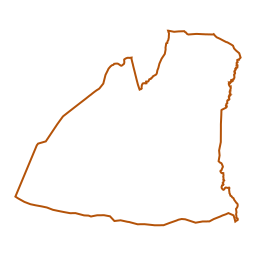 Ikere, Ekiti, Nigeria (Equal Earth projection)
{"feature_id": "59680162B84830000650933", "entity_name": "Ikere", "entity_type": "district", "adm_level": 2, "iso_a3": "NGA", "parent_name": "Nigeria", "parent_adm1": "Ekiti", "projection": "equal_earth", "projection_center": [5.272, 7.511], "detail": "fine", "context": "isolated", "style": "outline", "palette": "amber", "viewbox_px": 256, "rotation_deg": 0, "n_neighbors": 0, "source": "geoboundaries", "source_scale": "gbopen_adm2", "svg_char_len": 5339}
<svg xmlns="http://www.w3.org/2000/svg" viewBox="0 0 256 256"><path d="M235.3,221.6L235.6,221.4L235.9,220.7L236.1,220.5L236.6,220.6L237.6,220.1L237.8,219.2L237.6,218.5L236.8,218.1L236.4,217.6L236.4,216.9L236.4,216.1L236.3,215.4L236.1,214.2L236.3,213.1L236.5,212.2L236.3,211.2L236.2,210.1L236.0,209.0L236.5,208.3L237.2,207.3L237.6,206.2L237.7,205.3L237.6,204.2L237.0,203.3L236.5,203.0L235.9,202.2L235.3,201.3L234.3,200.0L233.5,198.2L232.2,197.3L231.4,196.1L230.5,195.8L229.8,193.7L229.5,193.3L229.4,192.2L229.2,190.7L229.1,189.4L229.4,188.0L229.1,187.6L227.4,187.9L225.9,187.5L224.9,188.1L224.4,189.1L223.9,189.6L223.3,189.8L222.1,188.7L221.7,188.0L221.6,187.6L221.6,186.7L221.9,186.1L222.0,185.4L223.1,185.1L223.5,184.4L223.0,183.6L222.7,183.0L223.3,182.4L223.5,181.1L224.2,180.5L224.0,180.1L223.5,180.1L223.3,179.6L223.5,178.9L223.5,177.8L223.2,176.7L223.4,176.3L223.5,175.1L223.4,174.4L223.3,173.6L223.3,173.1L222.6,173.0L222.4,173.0L222.2,173.0L221.9,173.1L221.3,172.8L220.8,172.1L220.6,171.7L220.4,171.2L220.6,170.7L220.9,170.6L221.5,170.2L222.2,168.3L222.9,166.8L222.6,165.8L222.1,164.6L221.5,163.4L221.0,163.0L220.2,162.7L219.4,162.0L218.6,161.2L219.6,155.4L219.1,150.5L220.8,142.1L220.9,129.2L220.9,124.1L221.3,115.1L221.4,111.7L221.4,110.6L221.6,109.9L225.0,108.2L226.0,107.7L226.4,107.2L226.1,106.8L226.1,105.9L225.9,105.4L226.1,105.2L226.5,105.4L226.3,104.6L226.5,103.7L226.8,103.5L227.3,103.2L227.2,102.4L227.3,101.5L227.2,101.0L227.5,100.4L227.7,100.1L228.0,100.1L228.4,100.1L228.9,99.8L229.4,99.2L229.3,98.7L229.1,98.4L228.9,98.1L229.0,97.9L229.1,97.3L228.8,96.9L228.8,96.6L229.0,96.5L229.2,96.9L229.4,96.7L229.3,96.4L229.2,96.0L229.6,95.9L229.7,95.6L230.0,95.5L230.2,95.3L229.9,95.3L229.6,95.1L229.6,94.8L229.9,94.7L230.1,94.8L230.3,94.6L230.2,94.2L230.1,93.6L230.3,93.8L230.4,93.5L230.4,93.2L230.0,93.0L229.8,92.9L229.7,92.4L229.7,91.8L229.8,91.3L229.9,91.1L230.3,90.9L230.5,90.8L230.4,90.5L230.2,90.6L230.1,90.3L230.2,90.0L230.4,89.7L230.8,88.0L230.7,87.0L230.7,86.5L230.1,86.7L229.5,85.9L229.0,84.9L228.9,84.6L228.8,84.0L229.1,83.9L229.1,83.7L229.0,83.0L229.4,83.3L229.6,83.7L229.9,83.4L230.2,83.2L230.3,82.7L229.9,82.5L229.8,82.2L230.3,81.9L230.5,82.1L230.9,82.1L231.1,82.0L230.9,81.4L231.0,81.2L231.1,80.6L231.4,80.8L231.6,80.2L232.1,80.5L232.5,81.0L232.8,80.8L232.4,80.0L233.0,79.6L233.2,79.2L233.7,79.2L233.8,78.6L234.4,77.8L234.4,76.6L234.2,75.8L234.1,75.3L234.1,75.0L234.4,75.0L234.5,74.3L234.6,73.8L235.0,73.4L235.1,73.2L235.0,72.7L234.9,72.2L234.6,72.5L234.3,71.7L234.4,71.4L234.7,71.5L235.0,70.5L235.3,70.3L235.5,69.9L235.3,69.4L235.2,68.9L235.6,68.3L235.8,68.9L236.2,68.7L236.5,68.2L236.7,67.6L237.3,67.4L237.2,66.8L237.5,66.2L237.5,65.6L237.0,65.4L236.7,65.2L237.1,64.8L236.7,64.5L236.6,63.0L237.3,62.6L237.6,62.2L237.2,61.8L237.4,61.3L237.3,60.5L237.2,60.1L237.5,59.9L237.6,60.0L238.0,59.9L238.6,59.8L239.1,59.7L239.2,59.0L239.5,58.7L240.2,58.1L240.6,57.6L239.2,53.2L236.1,50.6L234.1,48.5L233.0,45.7L231.5,44.7L227.3,42.3L226.3,42.1L224.7,41.3L221.1,39.4L220.0,38.8L216.7,37.3L215.0,35.7L214.2,34.7L213.7,34.1L213.1,34.5L205.1,34.3L196.4,33.9L188.4,34.5L187.2,34.0L185.7,32.3L185.0,32.0L184.3,31.2L178.7,31.4L174.1,31.8L168.4,30.7L168.1,30.7L168.3,31.2L168.5,32.2L168.9,32.9L169.0,33.8L168.9,35.0L168.8,36.6L168.8,37.8L168.6,38.4L168.5,38.8L168.4,39.7L168.2,40.2L167.7,41.0L167.5,41.4L167.3,43.0L166.6,43.1L166.2,43.4L165.8,46.0L165.7,46.6L165.5,47.8L165.6,48.8L165.6,49.6L164.8,53.9L161.6,58.7L159.4,63.7L158.3,68.1L157.4,70.3L156.9,73.0L156.6,73.8L155.9,74.7L154.6,75.4L153.7,75.9L152.7,76.5L152.5,77.2L151.9,77.8L151.5,77.9L151.0,78.4L150.8,78.9L150.1,79.1L149.4,79.2L149.0,80.0L148.4,81.2L147.7,81.7L147.0,81.7L146.7,81.5L146.1,81.6L146.2,82.2L146.4,83.3L145.9,83.4L145.0,83.4L144.6,83.2L144.3,83.1L142.7,83.5L142.4,84.2L142.1,84.6L141.8,85.5L141.6,87.4L141.6,88.0L141.7,88.5L141.3,88.9L141.0,89.1L140.6,89.1L140.3,89.3L140.0,89.4L139.6,89.6L139.3,88.8L138.4,86.1L138.0,84.9L137.7,83.8L137.1,81.5L136.5,79.2L136.3,78.4L136.0,77.1L135.6,75.6L134.7,71.9L134.3,70.3L133.8,68.4L133.2,66.0L132.8,64.1L132.4,62.7L132.0,61.0L131.5,58.9L131.6,57.6L130.3,57.8L129.6,57.9L128.9,57.8L128.0,57.8L127.5,57.8L126.9,58.0L126.3,58.2L125.5,58.6L124.6,59.2L124.2,59.5L124.2,60.2L124.2,60.7L124.3,61.5L124.3,62.7L124.0,63.8L123.3,64.4L123.1,64.5L122.4,65.2L121.9,65.5L121.5,65.7L120.8,65.6L119.3,64.6L118.8,64.2L118.4,64.0L117.9,63.7L117.3,63.6L116.7,63.6L116.0,63.6L115.3,63.7L114.6,63.8L114.2,63.8L113.4,64.8L112.1,65.2L111.5,65.6L110.5,66.4L108.6,68.6L107.4,71.1L105.5,74.9L105.2,76.1L103.3,83.6L99.3,88.6L98.4,89.2L96.6,90.3L95.2,91.3L94.0,92.2L92.2,93.6L91.0,94.6L89.5,95.7L85.6,98.8L79.5,103.5L68.3,112.2L63.7,115.8L63.1,116.3L62.6,116.9L59.6,121.0L57.3,124.2L45.8,141.4L38.1,143.6L36.8,145.3L15.4,196.6L18.3,198.5L24.4,201.9L30.4,204.2L35.6,205.3L41.7,206.4L46.9,207.5L52.9,209.8L58.1,210.9L64.2,212.1L70.2,213.2L75.4,213.1L84.1,215.4L88.6,215.6L91.0,216.5L92.9,216.1L97.0,215.3L104.0,215.2L110.0,216.3L114.4,221.0L120.6,220.3L127.5,221.8L129.1,222.0L137.7,224.3L140.3,224.2L142.7,224.2L144.6,224.2L149.4,224.7L155.0,225.3L163.6,225.2L169.7,222.9L176.6,220.5L178.5,219.7L181.7,219.0L185.2,219.3L193.8,222.1L195.6,222.7L202.5,221.5L209.4,221.4L213.7,219.1L220.5,216.4L222.4,215.5L225.8,214.3L228.4,213.1L233.6,215.4L234.2,217.5L234.7,219.1L234.9,220.0L235.3,221.6Z" fill="none" stroke="#b45309" stroke-width="2"/></svg>